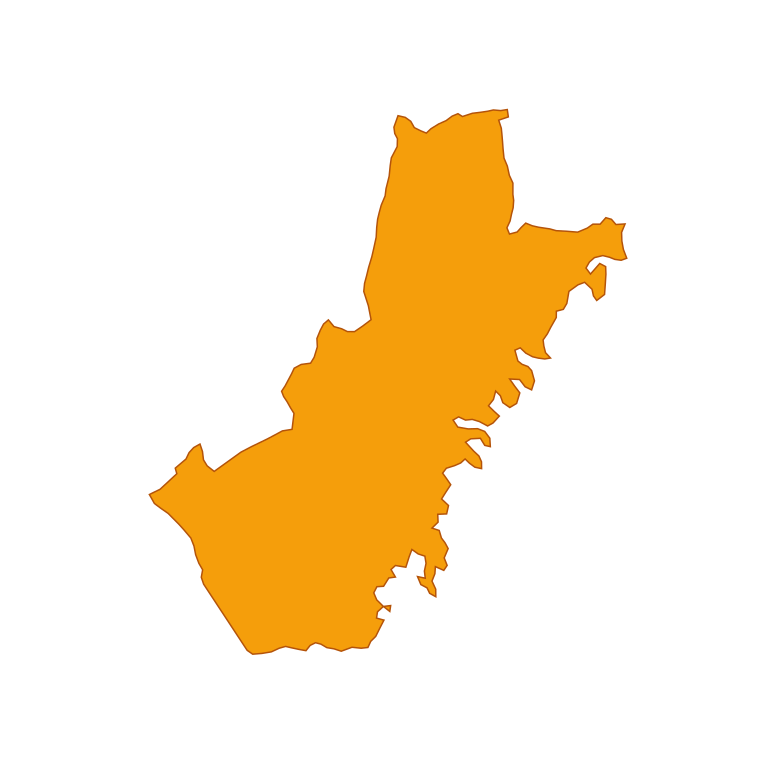 outline of Redentora, Rio Grande do Sul, Brazil, rotated 28°
{"feature_id": "56859067B65128822842334", "entity_name": "Redentora", "entity_type": "district", "adm_level": 2, "iso_a3": "BRA", "parent_name": "Brazil", "parent_adm1": "Rio Grande do Sul", "projection": "mercator", "projection_center": [-53.617, -27.564], "detail": "fine", "context": "isolated", "style": "filled", "palette": "amber", "viewbox_px": 768, "rotation_deg": 28, "n_neighbors": 0, "source": "geoboundaries", "source_scale": "gbopen_adm2", "svg_char_len": 3572}
<svg xmlns="http://www.w3.org/2000/svg" viewBox="0 0 768 768"><g transform="rotate(28 384 384)"><path d="M228.7,591.7L237.4,597.3L245.8,598.6L254.2,599.6L260.9,601.7L268.1,603.9L275.3,606.5L285.8,610.7L292.3,616.3L297.8,623.1L304.7,629.2L311.1,633.2L313.4,640.4L318.7,645.4L388.2,683.4L394.9,684.2L402.7,679.2L410.3,673.4L415.5,666.5L420.3,661.9L426.0,660.4L433.4,658.3L440.3,656.1L441.5,649.5L445.0,644.6L450.4,643.3L457.3,643.6L464.2,641.3L471.7,640.0L479.3,631.5L487.9,628.0L493.5,624.2L493.1,617.5L495.2,610.7L494.9,600.9L494.8,592.5L487.3,594.2L485.2,588.2L487.9,580.7L478.9,578.0L473.0,573.2L472.9,566.3L478.6,562.8L479.3,553.0L484.7,549.1L477.3,544.5L479.3,538.9L489.3,535.5L487.3,524.7L486.3,517.0L493.9,518.0L500.9,516.8L505.3,522.6L507.5,530.2L511.6,536.1L504.0,538.3L510.7,543.8L517.7,543.8L522.6,547.4L529.6,547.5L526.0,540.9L518.9,535.5L518.0,527.6L515.1,521.1L524.3,520.5L524.9,514.5L518.8,509.3L517.9,499.2L512.5,495.6L507.0,493.0L501.5,487.4L494.0,488.7L496.6,480.6L492.6,473.8L500.3,469.3L498.0,461.0L488.8,458.5L489.4,450.3L490.2,441.6L483.9,438.3L477.6,435.2L478.6,429.1L484.7,422.9L488.8,417.7L490.8,412.1L496.6,413.8L503.3,414.8L509.9,412.9L506.6,406.9L501.6,403.0L494.6,401.1L483.3,397.1L486.3,391.7L494.6,386.7L501.8,390.9L507.3,389.4L502.9,382.2L495.2,378.6L487.6,379.5L479.5,384.1L469.4,387.4L461.9,383.4L465.3,378.0L472.9,377.6L478.6,373.8L485.9,372.4L495.2,372.4L498.6,367.2L500.9,358.2L493.9,356.4L486.5,354.2L487.9,346.3L485.9,337.8L492.2,339.7L497.7,344.7L506.1,345.7L510.2,338.9L508.1,328.1L500.3,324.5L492.6,320.6L501.6,316.4L509.9,320.2L517.1,319.9L515.4,310.6L508.1,302.9L502.9,301.0L496.6,301.8L491.4,300.8L483.7,292.7L487.3,288.1L494.8,290.2L502.4,290.2L508.1,288.7L514.2,286.4L518.8,282.9L511.9,280.5L507.3,275.4L503.8,270.4L504.7,263.0L504.6,255.9L504.9,244.4L502.0,238.8L507.3,233.9L507.6,227.0L503.8,215.4L508.7,205.4L513.4,200.0L523.2,202.7L527.6,207.9L532.6,210.4L536.7,201.4L532.4,191.7L528.4,182.9L524.6,176.3L517.9,176.3L514.7,190.0L507.9,186.8L508.1,179.9L510.5,173.6L516.9,167.9L523.7,166.2L529.3,165.6L535.3,163.4L539.3,159.0L532.2,152.8L526.9,146.1L522.6,138.6L521.7,129.5L513.9,134.3L507.5,131.8L501.8,133.0L499.8,141.4L493.4,144.8L490.3,150.9L483.7,159.0L473.5,163.4L464.0,167.8L457.6,169.2L446.9,173.0L440.6,174.7L433.6,175.4L431.6,181.5L430.2,187.3L424.4,192.7L419.2,188.4L418.8,180.9L416.8,174.0L415.3,167.8L412.3,161.0L408.8,156.1L403.5,146.1L396.7,140.9L390.6,133.7L383.9,128.2L378.8,120.6L374.9,114.4L370.7,107.9L367.5,103.1L361.4,97.2L368.4,89.8L364.0,83.8L358.7,87.8L351.9,90.7L347.6,94.4L341.5,98.9L334.9,103.5L327.7,111.0L322.4,110.6L318.4,115.5L315.2,122.3L310.2,128.7L305.6,136.6L303.6,142.6L297.6,143.2L290.4,143.4L284.3,139.5L277.6,138.6L270.4,140.5L272.2,152.6L275.9,157.8L280.7,161.1L284.2,168.2L284.3,180.9L286.9,188.1L291.0,198.1L294.1,210.6L296.7,217.4L297.6,227.4L299.3,234.9L301.0,241.5L304.1,249.3L308.2,258.1L311.3,269.1L313.5,277.3L315.7,288.3L317.8,296.5L319.6,304.3L322.7,311.8L333.4,322.2L342.4,333.3L338.0,342.8L333.4,351.6L327.1,354.9L320.7,355.1L312.9,356.8L304.8,353.5L302.5,359.4L302.5,366.3L303.4,375.3L307.7,382.5L309.8,393.2L309.4,400.1L301.7,405.6L297.3,412.2L297.6,418.6L297.6,426.1L297.6,432.1L297.0,438.5L301.3,442.2L306.7,445.1L312.6,448.9L318.3,452.2L324.1,467.2L316.3,473.1L311.5,480.3L306.7,487.4L296.4,501.5L289.7,511.3L275.1,540.9L266.3,539.3L260.2,535.7L255.4,528.8L249.7,523.4L245.8,529.5L244.1,536.1L244.4,543.2L239.2,556.3L243.2,560.5L235.7,582.1L228.7,591.7ZM487.9,580.7L495.9,582.1L493.9,576.5L487.9,580.7Z" fill="#f59e0b" stroke="#b45309" stroke-width="1.5"/></g></svg>